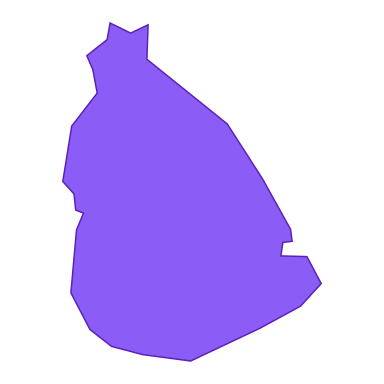 Green, Kentucky, United States of America (Natural Earth projection)
{"feature_id": "52423323B48611820693304", "entity_name": "Green", "entity_type": "district", "adm_level": 2, "iso_a3": "USA", "parent_name": "United States of America", "parent_adm1": "Kentucky", "projection": "natural_earth1", "projection_center": [-85.565, 37.291], "detail": "fine", "context": "isolated", "style": "filled", "palette": "violet", "viewbox_px": 384, "rotation_deg": 0, "n_neighbors": 0, "source": "geoboundaries", "source_scale": "gbopen_adm2", "svg_char_len": 472}
<svg xmlns="http://www.w3.org/2000/svg" viewBox="0 0 384 384"><path d="M70.9,292.9L90.0,329.6L111.5,346.4L142.6,354.6L190.6,361.0L260.4,328.0L300.6,306.1L321.2,283.6L306.9,256.6L280.9,255.9L282.9,242.4L292.1,241.3L290.6,229.4L262.3,178.5L227.2,123.9L146.9,59.3L148.1,24.8L130.6,33.1L110.1,23.0L107.1,39.6L86.8,55.7L92.8,69.5L97.2,93.1L71.7,126.1L62.8,181.5L74.0,194.0L75.7,210.1L83.5,213.1L76.5,229.9L70.9,292.9Z" fill="#8b5cf6" stroke="#5b21b6" stroke-width="1.5"/></svg>